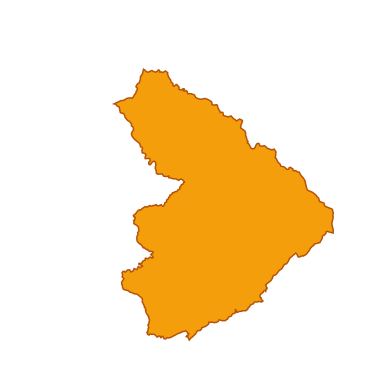 Juara, Mato Grosso, Brazil, rotated 149°
{"feature_id": "56859067B67844091426468", "entity_name": "Juara", "entity_type": "district", "adm_level": 2, "iso_a3": "BRA", "parent_name": "Brazil", "parent_adm1": "Mato Grosso", "projection": "orthographic", "projection_center": [-57.533, -11.229], "detail": "fine", "context": "isolated", "style": "filled", "palette": "amber", "viewbox_px": 384, "rotation_deg": 149, "n_neighbors": 0, "source": "geoboundaries", "source_scale": "gbopen_adm2", "svg_char_len": 5979}
<svg xmlns="http://www.w3.org/2000/svg" viewBox="0 0 384 384"><g transform="rotate(149 192 192)"><path d="M270.6,66.5L267.8,67.5L266.6,67.5L261.8,68.6L259.4,70.1L258.5,70.1L256.3,69.1L254.3,69.6L253.8,70.5L253.2,70.6L249.5,69.8L246.0,70.2L245.3,70.6L244.8,71.7L242.2,70.3L240.1,68.5L238.1,67.6L236.0,67.7L234.5,68.5L232.9,66.6L230.1,64.7L227.0,64.8L224.9,65.9L222.2,65.5L219.9,66.7L217.8,66.0L216.8,66.5L215.0,69.3L215.5,65.6L212.5,65.1L211.0,64.2L210.0,64.2L206.9,62.5L204.7,62.8L203.3,63.9L201.9,63.9L200.8,64.8L199.5,65.0L197.0,64.6L195.2,65.4L194.3,65.3L193.2,64.3L190.9,63.7L188.9,61.8L187.5,61.9L187.2,62.6L187.9,63.5L187.7,65.1L187.2,65.8L187.8,66.5L187.1,68.3L185.4,69.1L182.6,69.4L182.2,69.9L181.2,70.2L180.2,70.0L180.0,68.9L178.4,70.7L177.6,70.4L177.0,71.2L177.3,71.7L176.8,73.2L177.0,74.0L176.5,74.6L170.0,75.4L167.3,76.8L166.4,77.9L164.8,78.5L163.7,78.0L161.9,78.1L157.2,80.0L155.0,79.8L150.1,82.3L147.8,81.8L144.8,83.2L142.7,84.8L134.6,86.2L134.1,84.5L134.4,82.1L134.1,81.2L129.9,80.3L129.5,79.8L126.3,79.7L122.2,81.2L119.1,82.9L116.4,83.6L115.1,83.5L114.0,84.4L108.5,82.8L104.4,85.1L103.3,86.6L102.0,87.2L101.0,86.9L98.6,87.5L97.9,88.6L97.2,88.8L96.6,88.7L92.1,84.1L90.6,86.5L88.6,92.8L84.2,97.4L83.0,99.8L81.5,101.5L81.4,102.8L80.7,104.3L80.8,105.3L85.0,110.8L85.3,112.2L84.6,114.5L87.5,118.2L86.6,121.6L87.3,123.5L87.2,125.1L88.9,129.7L92.0,134.0L91.9,135.8L89.3,143.8L89.4,147.0L90.1,150.1L89.8,153.7L91.1,154.8L92.2,157.0L94.1,158.0L93.7,159.8L94.9,162.4L96.1,162.8L97.5,161.8L98.9,162.4L100.0,165.9L102.6,168.5L102.1,170.4L102.9,173.1L102.6,177.5L103.0,178.7L101.2,180.5L99.3,183.3L99.5,186.5L101.8,186.9L104.9,190.6L105.7,193.8L106.6,194.7L108.0,194.9L109.7,196.2L110.2,196.9L109.5,198.4L110.3,199.8L112.0,199.8L115.9,197.2L117.9,197.7L118.9,199.4L118.5,203.6L118.7,204.7L119.3,205.6L118.0,206.4L118.0,208.6L117.1,211.2L117.0,212.7L115.6,215.1L115.2,216.9L117.3,222.0L115.8,223.9L112.3,226.6L112.0,227.5L113.6,230.0L117.2,230.0L117.5,230.3L117.7,231.7L118.7,233.6L119.3,236.9L119.7,237.3L121.5,237.4L123.2,238.6L125.6,241.3L124.6,244.2L125.3,245.0L126.7,245.5L126.8,246.0L126.4,247.3L126.6,248.6L126.3,251.1L125.6,253.5L126.1,254.3L128.2,255.0L129.7,256.3L129.8,256.7L129.0,258.0L128.9,259.7L131.0,263.6L133.0,265.7L136.4,266.7L138.8,268.9L140.2,271.4L139.9,273.9L142.0,276.6L144.9,278.5L144.9,279.4L144.3,280.4L144.6,281.6L146.3,282.2L147.3,283.3L145.5,283.8L145.6,284.4L146.3,285.0L149.3,285.3L150.1,286.2L150.2,286.7L149.1,288.5L149.7,291.9L150.2,292.3L152.5,291.9L153.4,292.5L153.4,293.1L152.5,294.9L153.3,297.1L152.6,299.0L152.9,302.1L152.3,305.4L151.4,306.8L152.4,309.4L155.5,309.5L156.9,311.1L157.8,311.3L157.3,313.1L158.0,314.0L159.8,313.3L161.0,313.3L162.8,314.8L163.6,316.6L164.1,316.9L168.0,317.3L169.2,318.7L169.5,320.6L170.4,322.2L173.2,319.2L175.2,317.9L176.5,317.7L178.5,314.9L181.2,312.7L183.0,312.8L185.8,311.2L185.5,309.4L185.9,308.1L188.1,307.0L189.2,305.7L191.7,304.8L193.0,303.8L195.1,303.2L195.9,304.1L197.9,305.2L199.8,305.8L203.7,305.8L205.5,306.8L213.4,307.7L212.2,306.5L211.8,304.1L210.6,302.4L212.5,297.2L212.2,296.3L210.9,295.3L210.2,294.1L210.3,292.1L210.8,291.0L210.8,289.2L210.3,286.4L209.5,285.1L208.9,282.6L208.9,281.5L209.9,279.9L209.2,278.5L209.6,276.3L210.3,275.3L212.9,274.0L214.1,272.9L214.6,270.4L214.2,266.9L211.9,260.6L212.8,257.2L211.9,256.5L211.8,255.7L212.2,254.6L213.4,253.7L214.4,251.5L214.4,251.0L213.7,250.8L212.5,248.8L212.3,247.7L214.6,245.6L214.9,244.7L211.1,242.6L210.9,242.1L211.6,240.5L213.9,239.7L214.7,238.3L214.4,237.3L213.5,236.9L210.6,238.1L209.2,238.2L208.3,237.4L208.0,236.4L209.1,233.5L210.5,232.4L211.4,231.0L211.8,228.5L212.9,226.2L211.9,224.7L208.3,222.9L208.1,220.1L206.0,218.4L203.7,217.6L204.5,216.2L202.8,214.9L201.6,213.2L199.0,211.5L197.6,209.1L197.2,208.7L196.2,209.1L195.3,208.9L194.1,208.1L193.3,204.9L193.6,204.3L194.3,204.4L195.8,203.4L197.4,203.7L198.1,203.0L200.1,202.3L200.7,200.9L201.2,200.8L202.9,201.1L204.8,200.2L206.7,201.1L207.7,200.7L209.1,201.4L210.2,200.5L212.5,200.7L213.5,199.3L214.6,199.5L216.1,198.3L217.7,198.3L219.1,196.6L220.7,196.8L221.2,196.1L223.7,194.6L224.5,194.9L225.0,196.1L224.8,196.9L227.3,197.3L228.8,198.1L229.2,198.4L229.1,199.5L229.7,199.8L230.9,199.8L232.3,200.5L233.9,200.5L234.6,201.1L234.8,201.9L236.4,202.3L238.1,202.1L239.7,203.6L242.9,203.5L245.5,203.0L246.1,203.8L247.9,203.9L251.8,202.3L254.0,202.2L254.4,202.0L254.6,200.4L253.7,199.6L255.1,197.9L256.8,197.6L256.8,196.4L258.0,195.2L258.1,194.6L256.6,192.1L256.0,189.7L256.6,188.1L257.8,185.8L259.5,185.2L260.2,183.5L261.7,182.6L263.3,180.6L264.4,177.8L263.5,174.2L262.7,173.1L262.5,169.2L261.8,169.2L260.8,166.2L259.6,165.5L259.7,164.4L258.7,162.6L257.6,162.3L256.2,160.6L257.2,159.6L258.7,159.9L259.5,159.5L258.7,156.7L259.0,155.9L260.2,155.9L261.3,157.8L264.3,157.5L265.7,159.2L266.3,159.1L267.1,157.8L270.0,158.1L271.9,156.7L274.3,158.1L274.7,157.3L272.6,154.5L272.6,153.8L275.7,154.0L276.3,155.8L279.2,153.9L281.1,156.2L282.9,154.7L285.3,154.9L285.7,155.1L285.4,157.0L286.3,157.9L287.6,158.4L290.2,157.6L290.8,158.1L291.1,159.1L292.1,159.4L293.6,158.8L294.2,156.6L295.7,155.1L295.0,153.8L295.1,152.8L298.8,150.9L299.8,149.1L299.8,147.8L300.8,145.6L300.8,143.7L297.4,140.1L296.8,138.1L294.7,135.9L294.2,134.7L291.6,132.6L289.5,126.4L290.5,124.2L291.4,123.4L291.1,122.5L291.5,121.0L291.6,118.5L292.2,117.7L291.9,116.9L292.1,115.3L292.7,114.8L292.5,114.4L293.0,113.8L293.5,112.0L293.4,108.8L293.0,108.2L293.7,107.5L293.5,106.9L293.9,106.3L294.3,104.2L297.2,101.1L298.4,100.6L298.7,98.3L300.1,97.4L300.6,96.2L302.9,94.8L302.6,94.3L303.1,94.2L303.3,92.6L302.4,91.5L301.2,92.0L299.7,90.6L298.2,89.9L297.1,88.3L296.8,86.0L296.4,85.5L294.9,85.7L293.9,85.1L293.5,84.6L293.9,83.6L293.6,83.1L291.7,83.5L291.2,83.2L291.5,80.7L290.9,80.0L289.8,79.6L288.0,79.9L287.4,79.1L285.3,78.3L275.8,77.8L274.4,77.2L272.5,77.4L270.7,76.6L268.8,76.3L268.3,74.2L268.5,73.0L267.8,72.2L269.0,71.4L270.3,71.5L271.4,71.1L271.2,70.7L270.2,70.5L270.6,66.5Z" fill="#f59e0b" stroke="#b45309" stroke-width="1.5"/></g></svg>